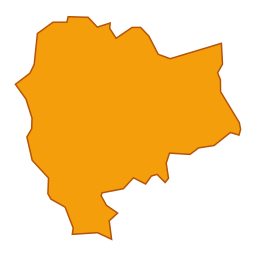 outline of Ballymoney
{"feature_id": "GBR-2101", "entity_name": "Ballymoney", "entity_type": "District", "adm_level": 1, "iso_a3": "GBR", "parent_name": "United Kingdom", "parent_adm1": "", "projection": "orthographic", "projection_center": [-6.415, 55.03], "detail": "fine", "context": "isolated", "style": "filled", "palette": "amber", "viewbox_px": 256, "rotation_deg": 0, "n_neighbors": 0, "source": "natural_earth", "source_scale": "10m", "svg_char_len": 771}
<svg xmlns="http://www.w3.org/2000/svg" viewBox="0 0 256 256"><path d="M72.3,234.3L73.2,228.0L65.1,207.1L51.0,199.2L47.9,193.8L48.5,178.0L32.2,160.3L26.9,137.0L31.7,128.7L32.0,118.0L26.0,99.1L15.4,84.3L29.9,73.2L34.2,64.4L37.4,33.5L53.0,22.2L66.9,22.2L68.1,16.7L88.1,17.3L97.3,27.1L110.2,23.0L109.7,28.4L116.1,38.3L132.1,27.4L140.6,27.4L148.9,36.2L158.2,54.3L170.1,58.7L221.4,43.3L222.5,64.1L217.6,72.9L220.4,79.7L220.6,91.8L239.3,122.6L240.6,129.4L239.0,135.1L230.4,132.5L214.1,145.5L198.6,147.9L190.0,154.4L169.5,153.1L166.2,163.2L168.5,178.3L165.1,182.5L157.1,174.4L151.4,176.0L145.6,184.0L133.4,177.8L123.4,188.7L102.1,192.8L101.1,195.7L106.4,205.3L117.6,213.1L109.2,220.8L111.6,239.3L97.5,232.7L72.3,234.3Z" fill="#f59e0b" stroke="#b45309" stroke-width="1.5"/></svg>